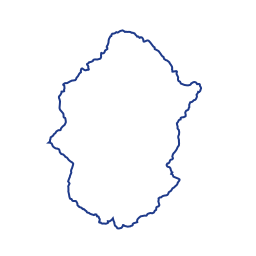 outline of Supatá, Cundinamarca, Colombia, rotated 256°
{"feature_id": "7082276B73232979228436", "entity_name": "Supatá", "entity_type": "district", "adm_level": 2, "iso_a3": "COL", "parent_name": "Colombia", "parent_adm1": "Cundinamarca", "projection": "mercator", "projection_center": [-74.247, 5.057], "detail": "fine", "context": "isolated", "style": "outline", "palette": "blue", "viewbox_px": 256, "rotation_deg": 256, "n_neighbors": 0, "source": "geoboundaries", "source_scale": "gbopen_adm2", "svg_char_len": 5771}
<svg xmlns="http://www.w3.org/2000/svg" viewBox="0 0 256 256"><g transform="rotate(256 128 128)"><path d="M65.7,165.5L66.5,164.8L69.8,160.3L71.9,160.0L72.5,159.6L73.0,159.0L73.2,159.3L73.6,159.4L73.6,159.6L73.8,159.8L74.0,159.8L74.2,160.1L74.4,159.8L74.3,159.6L74.7,159.8L76.6,159.4L78.6,159.4L79.9,158.8L80.9,157.0L81.8,156.6L82.8,156.5L84.0,157.5L84.1,157.8L83.9,158.7L84.6,159.8L86.3,160.9L86.7,161.4L86.9,162.0L86.8,162.9L87.3,164.0L87.8,164.3L89.6,164.1L91.6,165.2L92.6,166.3L93.0,167.1L94.6,169.1L95.9,170.4L96.9,171.1L97.9,172.0L98.6,173.0L99.1,173.3L101.0,173.9L102.5,174.1L103.3,174.4L104.0,174.4L104.7,174.6L105.9,174.4L106.9,174.5L107.9,174.8L109.3,175.9L111.7,176.7L113.8,176.8L115.4,176.0L115.9,176.0L117.3,176.5L119.4,176.4L120.8,176.6L121.8,178.0L122.2,178.3L123.2,179.1L123.6,180.0L123.6,181.1L125.1,181.7L125.3,182.7L125.0,184.8L125.3,185.6L125.3,186.2L125.6,186.8L126.9,187.2L128.9,187.2L130.0,187.9L130.7,188.7L131.0,190.5L131.5,191.2L132.6,191.7L133.3,192.5L135.7,193.0L137.9,194.6L137.9,194.8L137.8,196.2L138.4,197.6L139.0,198.4L139.1,200.0L139.5,200.7L141.0,202.0L141.9,202.5L142.5,202.6L143.5,202.5L143.9,202.7L144.7,203.9L146.1,204.8L145.8,205.3L145.7,205.8L146.6,207.1L147.9,207.8L148.6,208.4L149.0,208.5L149.7,208.5L151.5,208.0L152.9,208.2L153.3,207.9L153.6,207.5L153.8,205.7L154.1,205.5L154.9,205.4L155.5,205.1L156.2,204.3L156.6,203.4L156.6,202.3L156.3,201.5L156.0,200.3L155.9,200.0L155.2,199.5L154.9,198.9L154.8,198.3L154.8,196.8L155.2,195.4L156.1,193.2L158.4,190.0L160.2,189.7L160.8,189.3L161.2,188.5L162.3,188.2L163.4,188.3L164.9,188.9L165.3,188.9L168.6,188.2L169.0,188.3L169.8,188.5L170.6,189.1L171.1,189.0L171.4,188.8L171.6,188.3L171.8,185.0L172.0,184.7L173.3,185.0L174.4,184.9L175.4,185.4L176.9,185.5L178.9,184.9L180.8,184.1L181.6,184.1L183.0,183.1L184.3,182.0L184.8,181.0L185.5,180.5L186.2,179.8L188.5,179.6L189.1,178.8L190.5,178.1L191.8,177.7L194.5,176.6L195.2,176.3L196.0,175.5L197.6,173.7L198.0,173.1L198.4,173.0L199.4,173.3L199.8,173.3L200.9,172.3L205.6,170.3L207.6,169.2L208.1,168.5L208.3,167.7L207.9,165.1L207.9,164.5L208.1,164.1L208.7,164.0L210.2,164.2L211.7,163.8L212.3,163.5L213.0,162.5L212.7,161.5L212.7,161.0L214.2,160.2L214.4,159.0L215.2,158.8L216.4,158.0L218.3,157.2L218.8,156.1L219.3,155.7L219.6,154.4L220.4,153.8L220.9,152.7L221.5,150.2L222.0,149.1L221.9,148.6L222.0,148.2L223.0,147.5L224.0,146.4L224.0,144.0L223.1,141.2L223.2,140.7L223.8,139.9L223.6,139.2L223.2,138.5L223.1,137.9L223.1,136.7L223.3,135.6L222.7,134.7L221.2,134.0L221.2,133.1L219.0,131.1L217.7,130.4L216.1,129.9L215.0,129.4L213.1,128.1L212.8,127.6L211.8,126.9L210.8,127.3L209.6,127.0L209.2,125.8L208.7,124.5L208.5,124.3L207.5,123.8L206.5,122.6L206.5,121.5L206.8,120.9L207.3,120.4L207.2,120.1L204.7,119.3L203.7,119.2L203.1,118.9L202.2,118.2L201.9,117.4L201.9,114.7L202.5,112.7L202.6,111.6L202.4,110.8L201.6,110.2L201.4,109.8L201.1,107.9L201.2,106.1L200.5,105.4L200.1,103.9L199.9,103.7L199.4,103.6L198.2,104.2L197.2,104.4L196.2,104.0L194.5,104.2L194.3,104.1L194.1,103.8L194.1,103.1L194.4,102.4L194.2,101.0L194.4,100.4L195.4,99.2L196.8,98.1L196.9,97.8L196.8,97.2L196.4,96.8L194.8,96.0L193.6,95.9L193.4,95.7L192.9,94.5L192.4,93.8L190.4,92.0L189.2,90.2L187.9,89.4L187.2,88.4L187.4,86.1L187.6,85.2L187.1,82.7L186.3,79.8L186.7,78.1L186.7,77.5L186.2,76.1L185.9,75.7L185.6,75.6L185.3,75.7L184.6,76.4L183.0,76.2L181.9,76.0L180.6,75.2L179.2,75.0L179.1,74.7L179.1,73.6L179.4,72.6L179.4,72.3L178.2,71.9L177.3,71.2L176.0,69.9L175.4,68.8L174.9,68.5L173.9,68.3L172.4,68.5L170.3,68.5L167.2,67.5L164.9,66.7L163.9,66.4L162.9,66.4L161.9,66.6L157.7,68.7L156.1,68.6L154.5,68.2L153.8,68.3L153.1,69.3L152.5,69.5L149.7,69.3L148.5,69.0L146.4,67.3L145.2,64.8L143.8,62.9L142.4,62.1L142.3,61.6L142.7,59.9L142.0,57.7L140.6,56.3L139.8,54.4L138.8,53.7L138.0,51.8L137.7,50.8L137.0,50.4L135.9,50.0L135.2,49.4L133.8,49.1L133.0,47.5L132.6,48.9L131.3,50.2L130.4,50.4L129.1,50.5L128.2,50.8L126.8,51.8L126.1,52.5L125.4,53.4L125.2,54.3L124.1,55.8L123.6,56.0L122.3,56.1L121.1,56.0L119.9,56.5L118.9,57.0L118.1,58.6L116.4,59.8L115.2,60.2L114.2,61.4L113.7,61.8L111.4,62.7L109.5,64.1L108.2,65.4L106.9,66.2L106.3,66.1L105.1,65.5L102.6,64.0L101.4,63.0L100.0,62.3L98.4,62.2L98.1,62.0L95.7,60.2L94.3,59.6L93.7,59.0L90.7,57.0L88.5,57.8L88.2,57.8L85.9,55.9L84.8,55.8L81.7,55.1L81.1,54.8L77.7,54.7L75.6,54.5L73.7,54.6L73.4,54.7L73.1,55.1L73.0,55.4L72.7,56.0L72.4,56.1L71.2,56.3L70.6,56.8L70.4,57.2L69.9,59.3L69.4,60.0L67.0,60.6L65.4,60.3L63.7,61.2L63.6,61.6L63.0,61.8L61.9,63.6L61.2,63.9L60.8,64.4L60.4,64.4L60.0,64.9L60.0,65.5L59.0,66.3L58.4,66.5L57.4,67.5L56.1,67.8L55.4,68.8L55.1,69.6L54.3,70.1L53.5,71.1L52.7,72.3L52.3,73.1L51.8,73.7L51.8,74.3L52.2,75.2L51.7,76.3L51.3,76.2L50.6,76.7L50.1,76.5L49.7,76.6L49.4,77.6L49.1,78.0L47.6,78.1L46.4,78.5L45.5,78.3L44.0,77.3L43.6,77.2L43.3,77.3L43.0,77.8L42.9,78.6L42.0,79.1L41.4,80.1L41.2,81.4L40.5,83.3L40.5,83.9L40.8,85.6L41.1,85.8L41.8,85.8L42.4,85.9L41.9,87.3L42.0,87.9L42.9,90.1L44.0,91.5L41.7,91.5L39.5,91.9L39.0,91.7L36.5,91.7L34.9,92.9L33.3,93.4L32.9,94.2L32.7,95.3L32.7,97.4L33.0,97.9L34.0,99.1L35.0,99.6L35.0,99.9L34.8,100.3L34.0,100.8L33.6,101.4L32.3,103.9L32.2,105.4L32.0,106.3L32.3,107.3L32.3,108.4L32.6,109.0L33.7,109.4L34.2,110.3L34.4,114.2L35.5,114.3L36.8,114.9L37.2,115.3L38.2,116.8L39.2,118.9L39.0,122.9L38.5,124.5L38.6,124.9L39.7,126.0L40.0,126.9L40.1,128.6L40.1,129.2L39.6,130.4L39.4,130.8L39.6,132.3L39.8,132.7L40.5,133.4L41.3,134.0L41.6,135.1L41.8,135.5L44.1,136.3L44.5,137.1L44.6,138.8L45.7,139.8L49.6,139.7L50.8,140.4L52.3,140.6L52.9,142.0L52.7,143.4L53.1,144.0L53.6,145.5L53.6,147.4L53.4,148.6L53.5,149.8L53.7,150.3L54.6,151.3L55.7,151.9L56.0,152.5L56.6,154.4L57.3,155.2L58.7,156.6L59.2,158.4L60.4,160.3L60.6,161.1L61.8,162.4L62.3,162.8L62.9,163.0L64.5,165.0L65.2,165.5L65.7,165.5Z" fill="none" stroke="#1e3a8a" stroke-width="2"/></g></svg>